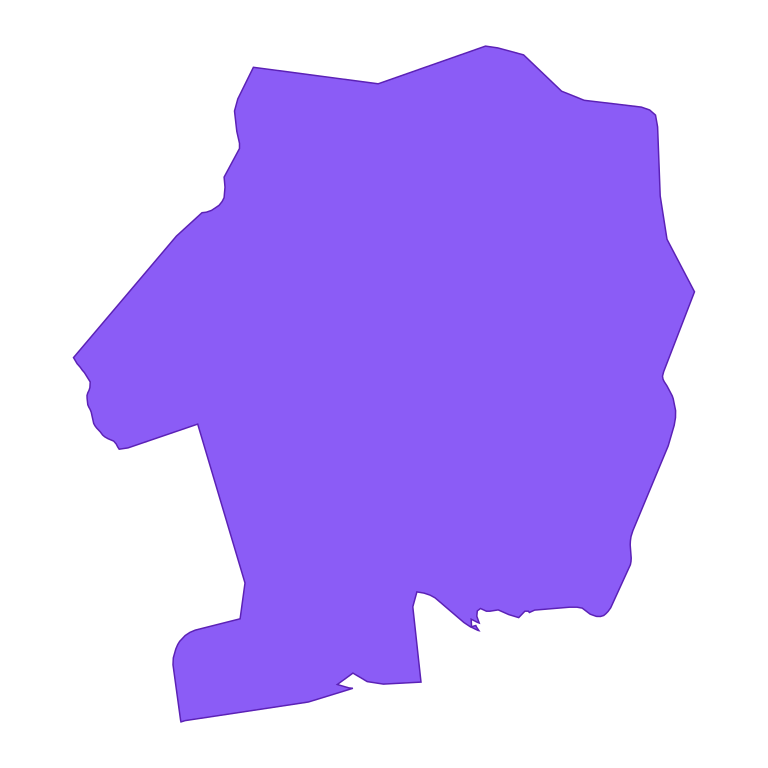 Sud-Bandama, Mercator projection
{"feature_id": "CIV-3447", "entity_name": "Sud-Bandama", "entity_type": "Department", "adm_level": 1, "iso_a3": "CIV", "parent_name": "Ivory Coast", "parent_adm1": "", "projection": "mercator", "projection_center": [-5.503, 5.631], "detail": "fine", "context": "isolated", "style": "filled", "palette": "violet", "viewbox_px": 768, "rotation_deg": 0, "n_neighbors": 0, "source": "natural_earth", "source_scale": "10m", "svg_char_len": 1715}
<svg xmlns="http://www.w3.org/2000/svg" viewBox="0 0 768 768"><path d="M421.0,682.1L383.4,684.1L367.2,681.6L352.9,673.1L337.3,684.5L348.9,687.9L352.9,688.3L308.4,702.0L185.2,720.6L181.0,721.9L180.6,720.3L173.0,664.8L173.3,657.9L175.8,649.0L177.7,644.6L179.7,641.3L185.2,635.5L189.9,632.4L195.3,630.1L240.1,618.8L245.0,583.0L197.7,424.1L128.0,447.9L119.2,449.2L117.8,447.1L116.2,444.0L113.7,441.1L108.0,438.7L104.7,436.8L102.6,435.0L100.3,431.9L96.7,428.1L95.1,426.0L93.7,423.5L91.2,412.1L90.2,409.6L88.9,407.3L87.8,404.8L87.1,398.5L87.0,395.5L87.8,392.8L89.0,390.4L89.9,387.6L90.2,381.9L84.4,372.6L82.3,370.2L80.1,367.1L77.1,363.7L73.5,357.6L176.4,236.1L202.0,212.7L206.3,212.2L211.5,210.4L219.1,205.3L222.2,201.4L224.1,197.6L225.0,187.2L224.1,177.1L239.5,148.5L239.5,143.3L236.8,131.4L234.5,111.0L237.8,98.9L253.4,67.3L378.1,83.8L485.5,46.1L497.8,47.9L523.6,54.9L561.6,91.2L584.2,100.3L641.4,107.1L649.7,110.0L655.5,115.1L657.6,126.9L660.2,195.9L667.0,239.3L694.5,291.8L663.7,371.6L662.5,376.2L663.0,379.1L664.1,381.5L667.1,386.1L672.2,395.8L673.2,398.7L675.6,410.6L675.5,417.6L674.2,425.3L668.2,445.9L632.9,530.6L631.0,536.6L630.4,540.9L630.2,544.9L631.2,558.1L631.0,561.5L630.4,564.7L610.7,607.8L608.1,611.4L605.9,613.7L603.7,615.5L600.4,616.5L596.4,616.4L590.2,614.2L582.2,608.1L577.0,607.2L569.5,607.2L534.6,610.1L529.4,612.5L528.3,611.2L524.9,611.2L518.7,617.6L508.8,614.6L498.2,609.9L489.9,611.2L486.4,611.2L480.5,608.5L477.3,610.9L476.8,616.2L479.2,623.0L477.5,622.4L471.2,619.2L471.5,625.1L471.2,626.8L475.8,625.5L476.6,627.2L478.9,630.6L478.0,630.4L470.2,626.7L463.9,622.5L435.0,597.8L430.0,595.1L424.0,593.1L416.9,591.9L412.8,606.8L421.0,682.1Z" fill="#8b5cf6" stroke="#5b21b6" stroke-width="1.5"/></svg>